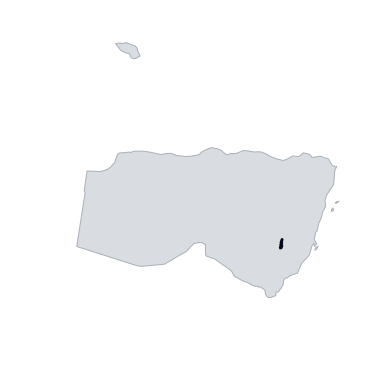 Raydah, Amran, Yemen (highlighted), rotated 208°
{"feature_id": "15242507B40923002776942", "entity_name": "Raydah", "entity_type": "district", "adm_level": 2, "iso_a3": "YEM", "parent_name": "Yemen", "parent_adm1": "Amran", "projection": "equal_earth", "projection_center": [44.059, 15.769], "detail": "fine", "context": "in_parent", "style": "filled", "palette": "ink", "viewbox_px": 384, "rotation_deg": 208, "n_neighbors": 0, "source": "geoboundaries", "source_scale": "gbopen_adm2", "svg_char_len": 3915}
<svg xmlns="http://www.w3.org/2000/svg" viewBox="0 0 384 384"><g transform="rotate(208 192 192)"><path d="M294.5,161.3L283.1,166.7L280.2,169.1L277.5,172.1L275.5,175.8L274.1,182.4L275.3,188.4L275.2,191.6L272.3,193.8L269.6,195.3L266.5,197.6L264.6,198.2L263.1,200.1L261.4,201.4L255.0,204.8L248.0,207.4L236.9,210.5L232.7,213.9L228.8,216.3L222.8,217.0L214.7,220.2L210.2,222.8L204.6,227.1L203.3,228.4L202.4,231.5L200.7,234.2L197.3,238.6L194.8,240.9L193.1,241.0L189.8,242.2L185.8,242.5L179.3,240.9L177.6,242.0L176.2,243.8L171.1,246.8L166.0,252.8L162.2,254.4L156.1,256.4L151.9,258.9L149.0,259.9L145.3,260.4L138.5,260.2L132.0,261.1L126.0,262.8L123.2,266.0L120.0,271.1L114.7,273.3L113.5,275.1L111.9,278.9L108.4,279.9L105.4,280.5L102.2,278.8L96.3,283.4L94.0,284.2L90.6,284.4L88.2,285.3L86.4,285.0L84.3,283.2L79.7,281.1L76.3,282.5L76.0,278.2L70.5,265.0L71.6,253.5L71.6,251.9L70.5,246.8L67.2,242.1L67.3,236.2L66.2,231.9L65.4,227.6L65.7,226.4L65.7,225.4L64.0,218.7L63.5,217.3L63.3,215.9L63.8,214.8L63.8,213.6L62.9,211.5L62.0,207.6L57.5,204.6L58.4,201.7L59.3,202.7L60.4,203.6L60.7,201.7L60.7,200.3L58.8,191.6L61.7,180.1L60.8,169.7L65.0,165.5L66.1,164.2L66.7,163.1L67.7,160.8L69.1,160.0L69.6,157.5L69.5,156.3L68.7,155.2L68.0,152.3L68.2,148.6L68.5,147.1L68.9,144.3L70.4,143.2L70.8,142.4L69.6,140.6L69.7,139.6L72.2,136.6L73.2,135.7L74.9,134.8L76.1,134.8L77.6,135.3L78.9,136.1L80.2,137.7L81.6,139.4L83.6,140.0L85.0,139.9L86.2,140.6L87.2,140.2L88.3,139.3L90.0,139.4L91.6,138.4L96.1,137.9L100.5,138.2L105.0,137.4L109.5,137.4L114.1,137.5L115.1,137.6L116.1,138.1L120.0,140.8L122.9,141.3L128.8,142.0L135.1,142.8L140.5,143.5L145.1,142.8L148.9,142.3L150.0,142.4L151.1,144.0L153.4,148.1L155.6,151.9L159.4,152.1L161.9,150.7L164.6,148.7L166.2,147.1L168.0,140.9L169.2,136.8L172.0,132.3L174.4,128.5L177.4,123.5L179.1,120.7L182.5,115.3L185.7,113.1L192.0,109.0L198.1,105.0L202.1,102.4L205.5,101.2L211.2,100.1L217.9,98.9L224.6,97.7L231.7,96.4L239.6,95.0L245.1,94.0L252.0,92.7L257.8,91.7L263.0,90.7L268.2,89.8L269.3,92.8L270.3,95.8L271.4,98.9L272.4,101.9L273.5,104.9L274.5,108.0L275.6,111.0L276.6,114.1L277.7,117.1L278.8,120.1L279.8,123.2L280.9,126.2L281.9,129.3L283.0,132.3L284.0,135.3L285.1,138.4L286.1,141.4L287.7,142.3L288.7,145.2L290.2,149.2L291.6,153.2L293.1,157.2L294.5,161.3ZM311.8,284.4L313.2,284.8L315.4,283.7L321.5,283.6L329.0,287.0L327.6,287.9L326.8,289.1L323.6,290.3L320.3,292.9L310.9,294.2L308.2,293.5L305.9,290.9L301.6,287.6L303.3,285.5L303.6,284.5L304.2,283.6L306.6,282.0L308.9,282.2L311.8,284.4ZM60.3,243.3L60.0,244.0L59.6,243.8L58.2,242.2L59.8,240.4L60.6,242.1L60.3,243.3ZM55.9,202.4L55.2,203.1L55.0,201.9L55.5,199.2L56.2,198.5L56.7,200.4L56.4,201.5L55.9,202.4ZM59.6,251.5L58.1,252.5L59.1,250.0L60.2,249.5L60.5,249.6L59.6,251.5Z" fill="#d9dde1" stroke="#a8b0b8" stroke-width="1"/><path d="M90.6,192.9L90.8,192.3L90.8,192.2L90.8,191.9L90.8,191.7L90.7,191.5L90.7,191.4L90.7,191.2L90.6,190.9L90.6,190.7L90.5,190.4L90.4,190.3L90.4,190.2L90.3,189.9L90.3,189.7L90.3,189.4L90.4,189.2L90.2,189.0L90.2,188.9L90.0,188.5L89.8,188.3L89.6,188.3L89.3,188.6L89.1,188.7L88.9,188.7L88.8,188.4L88.8,188.2L89.0,188.0L89.0,187.9L89.2,188.0L89.4,187.9L89.4,188.0L89.5,187.8L89.5,187.7L89.4,187.2L89.5,186.9L89.5,186.7L89.1,186.4L88.6,185.9L88.8,185.1L88.7,184.9L88.7,184.7L88.5,184.4L88.4,184.3L88.4,184.2L88.2,184.2L88.2,183.7L87.6,183.4L87.4,183.9L87.2,184.1L87.2,184.3L87.0,184.2L86.9,184.0L86.7,184.0L86.5,184.3L86.5,184.5L86.4,184.9L86.5,185.0L86.5,185.6L86.6,186.3L86.6,186.5L86.8,186.8L87.3,187.6L87.5,187.4L87.9,187.3L88.0,187.3L88.3,187.2L88.6,187.2L88.8,187.3L88.9,187.6L88.8,187.9L88.7,188.0L88.6,188.5L88.4,188.7L88.3,189.0L88.2,189.1L88.3,189.2L88.4,189.3L88.5,189.4L88.5,189.5L88.6,189.8L88.7,190.0L88.8,190.3L88.8,190.5L89.0,190.9L89.1,191.0L89.2,191.3L89.3,191.4L89.3,191.6L89.4,191.8L89.5,192.0L89.5,192.4L89.5,192.5L89.6,192.8L89.8,192.8L90.0,192.9L90.3,192.9L90.6,192.9Z" fill="#0f172a" stroke="#020617" stroke-width="1.5"/></g></svg>